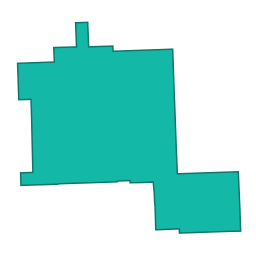 Chaves, New Mexico, United States of America, rotated 268°
{"feature_id": "52423323B32246312222809", "entity_name": "Chaves", "entity_type": "district", "adm_level": 2, "iso_a3": "USA", "parent_name": "United States of America", "parent_adm1": "New Mexico", "projection": "mercator", "projection_center": [-104.512, 33.304], "detail": "fine", "context": "isolated", "style": "filled", "palette": "teal", "viewbox_px": 256, "rotation_deg": 268, "n_neighbors": 0, "source": "geoboundaries", "source_scale": "gbopen_adm2", "svg_char_len": 735}
<svg xmlns="http://www.w3.org/2000/svg" viewBox="0 0 256 256"><g transform="rotate(268 128 128)"><path d="M74.4,19.0L74.3,56.0L74.7,57.0L74.6,88.0L74.6,91.9L74.6,115.3L75.4,116.0L75.4,122.4L75.4,128.2L73.2,128.2L73.0,140.0L73.0,151.3L61.3,152.0L53.4,152.0L49.5,152.3L25.3,152.2L25.4,170.2L25.4,175.8L21.2,175.8L21.2,225.1L21.0,237.0L44.8,237.0L79.3,236.7L80.4,236.7L80.5,175.7L114.2,175.5L136.1,175.5L136.5,175.5L172.2,175.4L199.6,175.4L203.8,175.4L205.2,175.4L205.2,148.1L205.2,127.3L205.2,115.8L210.4,115.7L210.5,91.5L235.0,91.4L235.0,79.3L210.8,79.4L211.0,56.6L196.5,56.7L196.5,19.9L192.6,19.9L184.4,19.9L160.1,19.8L160.0,32.1L141.3,32.0L86.9,31.4L86.9,19.1L74.4,19.0Z" fill="#14b8a6" stroke="#0f766e" stroke-width="1.5"/></g></svg>